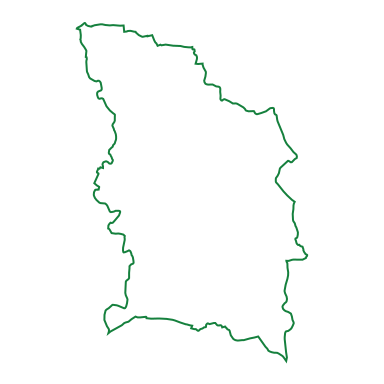 the district of Chaiyo, Ang Thong, Thailand
{"feature_id": "78962969B91278990376837", "entity_name": "Chaiyo", "entity_type": "district", "adm_level": 2, "iso_a3": "THA", "parent_name": "Thailand", "parent_adm1": "Ang Thong", "projection": "natural_earth1", "projection_center": [100.458, 14.673], "detail": "fine", "context": "isolated", "style": "outline", "palette": "green", "viewbox_px": 384, "rotation_deg": 0, "n_neighbors": 0, "source": "geoboundaries", "source_scale": "gbopen_adm2", "svg_char_len": 5922}
<svg xmlns="http://www.w3.org/2000/svg" viewBox="0 0 384 384"><path d="M294.7,201.8L291.9,199.8L287.2,195.4L283.5,191.4L277.9,184.3L276.1,182.4L275.8,181.4L275.8,178.9L276.0,178.0L277.6,175.8L278.9,173.2L279.9,168.5L280.7,167.5L287.9,160.9L288.6,160.9L290.9,162.3L291.9,162.1L294.8,159.1L296.7,158.0L296.9,156.5L296.6,155.3L296.3,154.6L293.4,152.0L290.6,148.3L287.2,144.5L286.1,142.8L284.3,139.1L283.2,134.9L277.6,121.3L277.2,119.7L276.6,115.4L276.2,114.9L275.0,114.3L274.4,113.3L274.0,111.0L274.0,109.1L273.7,108.3L272.9,107.9L270.8,108.1L269.9,108.4L266.0,111.3L261.3,113.0L257.6,114.1L256.4,114.1L255.4,113.5L254.8,112.8L254.2,111.5L254.0,111.2L253.5,111.1L248.6,111.3L246.1,110.6L245.5,110.0L245.1,109.1L243.4,107.4L237.3,103.8L235.9,103.4L232.9,103.5L229.2,101.2L224.6,99.2L223.6,99.4L222.0,100.6L221.3,100.4L220.6,99.5L220.4,98.9L220.6,95.6L220.2,91.9L220.3,89.0L220.1,88.0L219.6,87.2L218.7,86.7L216.2,86.4L212.6,84.5L208.1,84.6L206.6,84.3L205.5,83.8L204.5,82.2L204.2,80.6L205.4,76.6L205.9,73.0L205.8,71.7L203.5,67.6L202.6,64.7L202.6,63.6L198.1,64.0L195.6,63.7L196.9,59.1L197.0,57.9L196.9,56.8L196.3,55.3L194.9,54.6L194.1,53.6L193.9,52.6L194.1,52.1L194.7,51.4L194.5,49.8L194.4,49.5L194.0,49.3L192.8,49.4L192.4,49.0L192.3,47.0L190.5,47.4L188.4,47.3L184.2,46.9L180.5,46.0L173.1,45.7L165.7,44.6L161.4,45.3L160.5,44.7L157.6,45.8L156.4,43.4L155.3,42.4L154.3,40.5L152.2,35.2L147.5,36.3L147.4,35.8L142.7,36.8L141.8,36.6L138.8,35.1L136.0,32.6L135.6,31.8L134.2,31.7L130.8,30.9L129.2,30.9L127.9,31.0L126.7,31.5L124.2,31.8L123.6,25.5L120.1,25.7L113.1,25.1L109.8,25.4L105.4,25.0L102.1,24.3L100.6,24.3L94.3,25.3L93.3,25.8L92.2,25.9L91.8,26.5L91.2,26.6L88.2,26.0L86.1,24.9L85.6,23.7L85.1,23.1L84.7,23.0L84.0,23.4L82.3,24.9L81.7,25.2L81.6,25.6L77.4,27.8L77.0,28.2L76.8,28.7L80.1,29.7L80.8,35.1L80.7,38.2L80.3,39.6L80.7,40.2L80.8,41.8L81.8,43.8L84.2,47.0L85.8,49.6L86.4,50.9L85.8,57.0L86.6,57.3L86.8,59.1L86.4,60.7L86.3,62.1L86.9,71.0L87.1,72.0L88.2,74.3L89.1,77.1L90.1,78.4L94.6,81.0L96.5,81.4L98.0,80.7L98.9,80.8L100.0,81.6L100.7,82.7L101.7,87.9L101.7,89.3L101.3,90.1L101.0,90.4L98.2,91.5L97.3,92.5L97.1,93.7L97.2,95.1L97.9,97.3L98.5,98.4L99.3,98.7L99.7,98.8L101.1,98.3L102.0,98.3L103.2,98.9L106.5,106.3L109.9,110.5L113.3,113.4L114.5,114.2L114.9,114.8L114.8,117.4L114.8,120.6L114.3,122.0L112.7,124.3L112.4,125.7L113.8,128.8L114.1,130.2L114.7,131.1L115.8,134.2L116.1,136.5L116.1,138.8L115.9,139.9L115.3,141.5L114.7,143.5L113.1,145.2L112.7,146.7L111.5,147.7L109.2,150.0L108.8,152.8L109.0,153.7L110.3,154.6L110.8,155.9L111.7,157.4L112.0,158.7L112.8,159.9L112.8,160.8L111.7,163.1L111.3,163.5L110.3,163.7L109.3,163.5L107.9,162.1L106.5,161.4L105.6,161.4L103.5,162.2L102.8,163.3L102.5,164.4L103.0,166.3L103.0,168.0L100.4,167.3L99.5,168.7L98.2,168.5L97.8,169.9L97.0,171.5L96.9,172.0L97.0,172.5L98.4,173.4L98.5,173.9L94.3,183.2L96.8,185.4L99.1,186.8L99.2,187.0L98.6,189.6L97.5,189.5L97.1,189.8L96.1,189.6L95.2,189.9L95.0,190.5L94.4,191.3L94.0,192.4L93.8,194.7L93.9,195.5L94.9,197.9L96.5,200.0L99.3,202.6L100.5,203.1L105.1,203.5L106.4,204.5L107.4,205.9L109.7,211.2L110.3,211.9L110.8,212.1L111.9,212.0L113.9,211.6L115.6,210.8L116.5,210.8L118.8,210.8L119.6,211.0L120.1,211.4L120.1,212.4L119.0,215.5L114.2,221.2L112.8,222.7L111.7,223.0L110.5,222.7L109.3,224.0L108.4,225.5L108.2,228.5L108.8,228.7L109.5,229.4L111.6,233.1L115.6,233.7L118.4,233.5L120.8,233.9L123.4,234.6L124.8,236.0L124.5,237.1L124.7,238.6L124.7,240.0L123.1,247.6L123.0,250.4L123.3,252.0L123.7,252.4L124.9,252.2L127.6,251.1L128.9,250.4L129.2,250.4L130.1,251.0L130.5,251.5L131.3,253.5L131.6,255.1L132.4,256.2L132.9,257.5L133.4,260.5L133.6,262.5L133.4,263.2L133.1,263.6L131.1,264.4L129.5,266.2L129.5,268.3L129.1,272.8L129.1,278.1L128.5,279.1L126.5,280.6L125.9,281.5L125.8,282.1L125.3,292.9L125.8,295.3L127.2,298.4L127.5,299.6L127.0,303.3L126.1,306.6L125.1,308.1L124.2,308.3L118.3,305.8L116.7,305.3L112.8,304.8L112.4,304.9L108.7,308.2L106.6,309.5L105.6,310.5L104.5,314.8L104.4,320.0L107.0,326.3L108.6,328.7L108.9,329.4L109.0,331.1L108.4,333.2L110.5,331.5L121.9,325.2L124.2,323.1L125.6,322.5L128.5,321.7L131.5,319.2L135.5,316.6L137.6,317.4L140.2,317.4L146.0,316.8L146.3,317.0L146.5,318.2L151.3,318.7L159.0,318.5L166.5,318.9L172.6,319.8L175.0,320.5L180.3,322.5L185.8,324.3L186.8,324.4L189.9,325.3L192.2,325.7L191.2,328.3L194.1,329.1L195.8,329.1L197.6,330.6L198.2,330.8L198.8,330.6L200.4,329.1L202.5,328.5L204.0,327.4L205.8,327.1L206.0,326.7L206.1,325.0L206.7,324.1L207.4,323.5L207.9,323.4L209.6,324.1L213.9,323.0L215.3,323.0L217.0,325.0L217.6,325.4L219.2,325.5L220.1,325.2L221.1,325.4L221.7,326.0L222.2,327.4L224.8,326.6L225.3,326.6L225.6,327.5L226.4,327.9L227.4,329.3L229.1,330.0L229.6,330.7L230.8,335.3L233.0,338.5L233.5,339.1L235.3,340.1L237.2,340.5L238.6,340.5L242.4,340.1L243.9,340.1L250.0,338.4L254.5,337.5L258.2,336.5L265.4,346.7L267.3,348.7L268.4,350.7L269.8,351.5L271.7,352.2L274.0,352.7L277.1,352.8L278.6,353.5L282.5,356.0L283.5,357.1L286.2,361.0L286.9,357.5L286.1,352.3L284.7,339.2L284.7,337.1L285.1,333.2L285.4,332.3L285.9,331.5L286.4,331.3L288.3,330.9L290.7,329.1L291.6,328.0L292.8,325.6L293.7,323.4L293.6,322.3L292.5,319.9L291.9,316.5L290.9,313.6L288.3,312.0L285.6,311.1L284.3,310.2L283.1,308.9L282.6,307.4L282.5,306.5L282.9,305.5L284.6,303.3L285.9,302.3L286.5,301.5L286.7,300.7L287.0,299.0L286.6,296.6L285.1,293.3L284.6,291.4L284.6,290.5L285.7,284.6L287.4,278.9L288.1,275.4L288.2,272.3L287.5,267.7L287.4,263.8L287.3,263.2L286.5,261.5L286.4,260.8L288.6,260.9L292.1,259.8L293.4,259.6L302.5,259.7L305.9,258.0L306.0,257.3L307.0,256.0L307.2,255.1L307.0,254.8L305.5,254.1L305.4,253.7L304.3,252.3L303.4,250.4L303.4,249.3L302.5,246.7L300.4,246.1L299.3,244.8L298.5,245.0L298.0,244.9L296.9,243.8L296.5,243.0L295.9,240.6L295.4,239.5L295.4,238.9L295.5,238.5L296.9,237.8L297.3,237.1L297.8,234.7L297.9,232.3L296.3,227.4L295.5,226.0L294.8,223.3L293.3,221.1L293.0,219.9L292.7,213.9L293.4,209.1L293.5,205.4L293.9,203.5L294.7,201.8Z" fill="none" stroke="#15803d" stroke-width="2"/></svg>